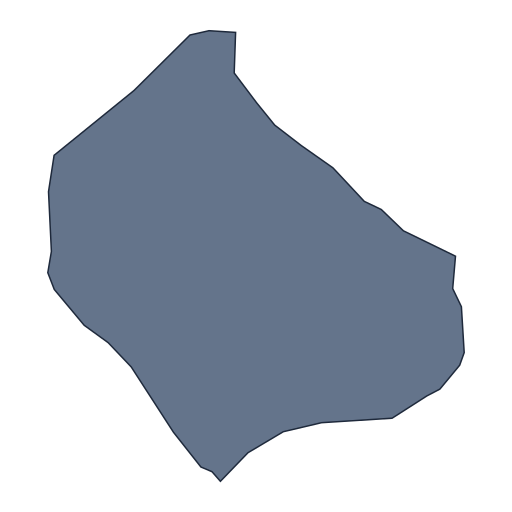 the district of Concepción, Sololá, Guatemala
{"feature_id": "79465075B28359200258392", "entity_name": "Concepción", "entity_type": "district", "adm_level": 2, "iso_a3": "GTM", "parent_name": "Guatemala", "parent_adm1": "Sololá", "projection": "robinson", "projection_center": [-91.133, 14.783], "detail": "fine", "context": "isolated", "style": "filled", "palette": "slate", "viewbox_px": 512, "rotation_deg": 0, "n_neighbors": 0, "source": "geoboundaries", "source_scale": "gbopen_adm2", "svg_char_len": 552}
<svg xmlns="http://www.w3.org/2000/svg" viewBox="0 0 512 512"><path d="M235.6,32.4L209.0,30.7L190.0,35.0L134.0,90.5L54.1,155.3L48.5,191.7L51.4,251.4L47.8,272.7L54.3,289.5L84.2,325.3L108.2,342.7L131.2,366.9L173.5,432.3L200.9,467.0L212.0,471.7L220.4,481.3L248.0,452.7L283.3,431.7L321.5,422.7L392.1,418.2L426.9,395.9L439.9,389.1L459.7,365.2L464.2,352.6L461.4,306.7L452.7,288.6L455.5,256.2L403.4,230.8L381.3,209.5L364.3,201.4L333.0,167.9L301.2,145.5L274.7,125.1L256.7,102.9L234.2,73.0L235.6,32.4Z" fill="#64748b" stroke="#1e293b" stroke-width="1.5"/></svg>